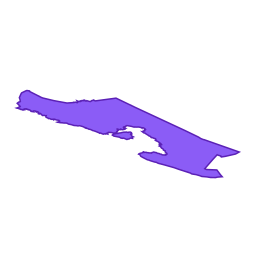 Evenes nor, Nordland, Norway (Natural Earth projection), rotated 22°
{"feature_id": "86288312B82996278706743", "entity_name": "Evenes nor", "entity_type": "district", "adm_level": 2, "iso_a3": "NOR", "parent_name": "Norway", "parent_adm1": "Nordland", "projection": "natural_earth1", "projection_center": [16.89, 68.51], "detail": "fine", "context": "isolated", "style": "filled", "palette": "violet", "viewbox_px": 256, "rotation_deg": 22, "n_neighbors": 0, "source": "geoboundaries", "source_scale": "gbopen_adm2", "svg_char_len": 5696}
<svg xmlns="http://www.w3.org/2000/svg" viewBox="0 0 256 256"><g transform="rotate(22 128 128)"><path d="M17.3,151.2L17.9,151.2L18.6,150.9L20.3,151.0L20.8,150.8L21.5,151.0L22.6,150.6L22.8,150.7L22.5,150.8L23.9,150.7L24.5,150.3L24.1,150.3L24.0,149.9L24.8,149.4L24.9,149.1L25.2,148.9L26.3,148.4L26.1,148.4L27.0,148.2L27.3,148.3L27.2,148.5L28.1,148.3L28.5,148.3L28.6,148.5L29.0,148.4L28.8,148.2L29.1,148.1L29.7,148.1L30.7,148.2L31.5,148.6L31.9,148.6L31.7,148.8L31.9,148.9L34.1,148.4L33.9,148.3L33.9,147.9L34.5,148.1L34.8,147.9L34.5,148.0L34.1,147.8L34.6,147.8L34.3,147.7L34.5,147.4L35.0,147.1L36.8,147.0L36.6,147.4L37.3,147.5L37.7,147.2L37.7,146.9L38.2,146.7L39.4,147.2L39.1,147.7L39.3,148.1L39.6,148.0L40.0,148.1L40.0,148.3L40.7,148.2L41.0,147.7L41.1,147.8L41.0,147.7L41.2,147.4L42.4,147.7L42.6,148.0L44.1,148.4L44.2,148.2L45.4,147.9L45.8,147.6L47.2,147.5L47.5,147.3L47.5,148.1L48.1,148.8L49.8,148.7L50.6,149.1L51.5,148.7L52.3,148.6L53.0,148.7L53.5,148.7L55.3,148.0L56.3,148.4L56.6,148.2L56.1,148.3L55.6,147.9L55.9,147.6L56.9,147.3L58.4,147.4L61.0,146.8L62.1,147.2L62.0,147.6L61.2,148.4L60.3,149.1L60.5,149.1L61.8,148.7L63.2,148.5L65.3,147.7L65.9,147.7L69.0,146.5L69.4,146.5L70.1,146.4L71.2,146.7L74.3,146.1L77.0,145.9L80.0,144.9L79.9,144.9L80.1,145.0L80.9,144.8L82.2,144.0L84.7,143.7L86.3,143.6L87.4,143.8L89.1,143.5L90.0,143.7L89.9,143.8L91.3,143.6L92.3,143.8L92.6,143.6L94.3,143.4L96.2,143.6L97.2,143.4L99.0,143.3L103.0,143.3L103.7,143.5L104.1,143.1L104.7,143.0L107.4,143.0L108.3,142.2L109.5,142.0L109.6,141.9L109.4,141.7L109.6,141.5L111.0,141.3L110.8,141.2L111.0,141.2L110.6,141.2L110.6,140.9L110.9,140.6L111.4,140.6L110.9,140.4L111.6,139.9L111.4,139.5L111.8,139.2L114.7,138.3L116.2,138.2L116.3,138.3L118.5,137.1L119.3,136.2L119.4,135.7L119.0,135.7L118.8,135.5L119.8,133.9L119.6,133.8L120.0,133.1L119.8,133.0L117.7,133.2L118.1,133.0L120.1,132.8L121.9,132.3L122.1,132.0L121.9,131.9L121.6,132.0L121.6,131.8L122.1,131.7L123.2,131.8L124.2,131.3L124.6,130.9L125.7,130.3L125.8,129.8L126.0,129.7L124.8,129.7L125.0,129.4L125.7,129.1L125.3,129.0L124.6,129.2L123.9,129.1L122.9,129.1L123.5,128.9L123.8,128.5L124.7,127.9L125.1,127.2L125.6,126.9L125.6,126.6L126.0,126.2L126.3,126.1L130.5,125.2L133.4,124.9L133.8,124.5L135.0,124.2L137.5,123.1L139.6,122.7L140.4,122.8L140.3,122.7L142.0,122.1L142.5,122.1L144.4,122.5L144.6,122.6L144.8,122.8L144.5,123.1L144.2,123.1L144.6,123.4L144.4,123.7L144.1,123.7L143.8,124.0L143.3,123.9L143.7,124.1L144.3,124.6L143.0,125.5L143.2,126.0L142.8,126.1L144.4,126.6L145.9,126.4L146.6,126.7L148.5,127.0L150.0,127.3L150.4,127.5L151.3,127.4L152.2,127.5L152.9,128.1L153.5,128.1L154.2,127.8L155.6,127.8L155.9,127.9L157.1,127.6L157.7,127.7L158.5,128.6L158.0,129.1L159.1,129.4L159.9,129.3L161.8,129.5L163.5,130.0L163.3,130.1L163.5,130.3L163.3,130.4L164.0,130.6L163.6,130.7L163.4,131.1L164.3,131.3L163.7,131.4L164.0,131.4L164.1,131.6L163.4,131.7L163.9,131.7L163.8,131.8L164.2,131.8L164.5,131.5L164.8,131.5L164.0,132.3L164.2,132.9L164.1,133.0L164.6,133.0L165.2,133.0L165.8,133.3L165.8,133.6L166.7,134.1L167.4,134.1L168.7,134.5L169.1,135.2L171.0,135.2L171.4,136.2L173.6,137.0L173.7,137.3L173.4,137.4L173.7,137.7L173.8,137.8L173.7,137.9L173.2,137.9L173.7,138.0L173.5,138.4L172.9,138.5L173.2,138.8L173.1,139.0L169.7,140.1L168.8,139.8L167.7,140.1L166.2,140.0L165.0,140.4L163.0,140.2L162.5,140.5L160.9,140.6L160.4,141.0L160.2,141.3L159.6,141.6L159.6,141.8L159.2,142.1L159.2,142.4L159.0,142.6L158.0,142.7L156.7,143.3L155.8,143.3L154.8,143.8L153.9,143.7L152.5,144.4L152.3,144.3L152.1,144.3L152.3,144.4L151.7,144.7L151.2,144.5L151.3,144.3L151.2,144.3L151.1,144.5L151.6,144.7L151.2,145.1L150.5,145.4L150.2,146.0L148.7,146.9L148.5,147.1L148.0,147.9L147.6,148.1L147.6,148.3L148.4,148.1L148.8,148.2L148.8,148.3L149.3,148.4L150.2,149.3L150.7,149.5L153.2,149.8L157.8,150.2L159.7,149.9L160.6,150.0L165.3,149.6L167.2,149.2L168.7,149.4L170.4,149.3L170.6,149.2L175.4,148.6L185.6,147.5L190.5,147.3L203.0,146.4L203.9,146.7L204.8,146.6L208.7,145.7L212.7,145.3L214.6,145.3L219.4,143.8L223.0,143.0L227.9,141.1L229.2,140.1L233.6,137.9L231.2,136.7L226.1,133.6L216.3,137.1L214.4,137.0L218.5,125.2L220.7,119.4L221.1,119.5L224.6,119.2L224.8,119.3L224.7,119.5L224.8,119.7L225.4,119.9L228.9,117.8L237.5,111.8L240.1,108.6L203.0,110.3L202.1,110.5L199.5,110.5L196.8,110.0L181.7,109.0L127.3,106.2L105.7,104.8L87.4,115.2L85.6,114.9L85.3,115.2L85.3,115.5L84.5,115.9L83.8,116.5L83.8,116.9L83.3,117.5L82.4,117.8L79.5,118.1L79.2,118.6L79.0,118.8L77.8,118.7L77.7,118.5L76.9,118.5L76.9,118.8L77.1,118.9L77.0,119.2L76.6,119.3L76.2,119.2L75.8,119.6L75.1,119.7L74.9,120.2L74.3,120.4L74.4,120.7L74.2,121.1L73.5,120.9L73.3,121.1L73.4,121.4L73.1,121.6L72.1,121.9L70.9,121.9L71.2,122.2L71.7,122.1L71.6,122.4L71.0,122.3L71.6,122.8L71.7,123.0L71.4,123.2L71.4,123.5L69.3,123.8L68.7,124.3L68.6,124.5L67.8,124.6L67.8,124.9L62.1,127.7L49.0,130.4L37.7,132.1L36.0,132.1L23.1,131.0L22.8,130.5L20.2,131.1L19.3,131.9L16.2,135.3L16.0,136.5L15.9,140.6L17.4,142.3L17.8,143.1L18.2,143.6L18.0,144.2L17.2,144.7L16.7,145.3L16.0,146.6L20.0,148.4L19.9,148.8L19.1,149.4L18.1,150.6L17.3,151.2ZM132.8,131.0L131.7,130.9L130.2,131.6L130.1,131.9L129.8,132.1L127.8,132.4L127.3,132.8L125.7,133.4L123.7,134.7L123.3,135.1L121.3,136.2L121.0,136.7L119.5,137.4L117.3,138.8L116.2,140.2L116.1,140.4L117.9,140.8L123.7,139.7L124.9,140.0L126.7,139.7L127.2,139.2L128.6,139.0L131.1,139.1L131.5,138.9L131.7,138.6L133.2,137.7L133.7,136.8L134.3,136.3L135.8,136.0L135.7,135.9L135.8,135.8L135.5,135.7L135.4,135.5L135.7,135.0L135.5,134.8L135.7,134.6L135.7,134.4L136.0,134.2L134.3,134.0L133.9,133.6L133.9,133.2L133.1,132.9L133.6,132.5L133.3,132.3L133.6,131.8L133.5,131.7L133.9,131.5L132.1,131.7L132.9,131.2L132.8,131.0Z" fill="#8b5cf6" stroke="#5b21b6" stroke-width="1.5"/></g></svg>